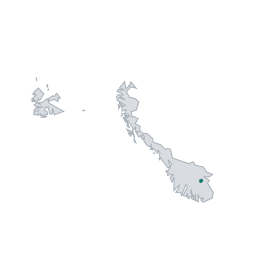 location of Flesberg nor, Buskerud, Norway, rotated 291°
{"feature_id": "86288312B11516416194364", "entity_name": "Flesberg nor", "entity_type": "district", "adm_level": 2, "iso_a3": "NOR", "parent_name": "Norway", "parent_adm1": "Buskerud", "projection": "orthographic", "projection_center": [9.551, 59.857], "detail": "fine", "context": "in_parent", "style": "filled", "palette": "teal", "viewbox_px": 256, "rotation_deg": 291, "n_neighbors": 0, "source": "geoboundaries", "source_scale": "gbopen_adm2", "svg_char_len": 4270}
<svg xmlns="http://www.w3.org/2000/svg" viewBox="0 0 256 256"><g transform="rotate(291 128 128)"><path d="M144.1,125.0L139.8,128.0L140.8,129.5L140.4,134.1L134.5,133.1L134.0,138.6L130.1,139.7L128.3,144.2L129.7,147.5L127.0,154.7L123.7,156.6L124.1,164.2L121.3,171.0L123.1,172.0L123.3,175.3L115.9,180.3L116.5,197.6L119.8,200.9L117.4,204.2L118.6,212.4L115.0,217.3L115.0,223.5L111.2,221.2L109.9,215.9L108.1,222.9L105.1,221.9L98.3,230.8L92.6,231.7L85.8,224.9L86.4,222.3L88.6,223.7L89.9,222.6L87.7,221.6L90.4,217.4L84.2,220.2L85.3,216.4L89.6,215.0L87.4,214.5L89.5,211.2L93.5,208.8L89.6,210.1L84.5,216.4L85.1,212.3L87.3,212.1L85.0,208.9L87.5,206.9L85.0,207.2L84.8,203.5L93.8,204.7L96.4,202.4L85.3,202.1L86.5,199.4L85.0,195.7L89.7,196.8L92.8,196.2L86.1,193.2L98.9,188.5L93.2,188.4L96.8,185.0L101.2,187.4L99.3,184.5L101.1,180.5L110.1,181.8L112.8,176.7L107.2,181.3L105.1,179.5L112.6,167.7L116.6,166.5L118.0,164.2L115.0,164.9L118.2,158.5L117.2,157.2L121.7,155.2L118.3,156.0L118.5,152.2L121.4,147.6L126.0,146.5L122.5,146.2L124.1,143.3L126.5,145.1L126.7,143.5L123.4,141.2L127.1,137.0L128.5,140.0L127.7,136.1L132.2,134.6L128.5,134.0L133.1,127.8L133.2,124.9L135.3,126.0L134.3,124.5L137.2,121.2L137.6,124.7L139.0,119.6L139.3,125.2L141.0,123.2L140.0,119.8L144.3,119.7L141.7,116.5L145.4,114.5L148.3,117.5L150.2,107.5L153.7,108.5L153.1,115.3L155.5,107.1L157.0,111.5L158.0,110.3L158.2,104.7L160.8,105.1L160.2,108.1L161.3,107.8L162.2,111.5L162.3,105.7L170.0,108.2L164.2,111.9L168.1,114.5L172.1,114.1L168.0,121.5L167.8,117.2L166.7,115.7L161.4,113.5L157.3,118.2L158.0,124.6L156.3,128.7L147.8,129.4L144.1,125.0ZM115.7,32.0L118.6,33.8L118.8,37.4L119.8,35.4L120.7,38.3L126.3,42.0L122.8,45.7L120.4,62.0L113.9,54.4L119.3,50.5L113.9,52.1L113.0,49.9L119.2,45.9L117.7,45.3L118.2,43.8L114.3,43.7L114.5,46.4L111.8,48.1L108.3,42.0L110.1,41.9L109.2,39.0L108.0,40.4L106.9,35.0L111.8,33.9L112.2,34.8L110.1,36.5L112.6,38.4L113.7,34.6L117.0,41.2L115.4,35.0L115.7,32.0ZM120.5,27.6L125.2,30.5L125.5,26.7L126.0,27.1L126.2,29.1L127.8,27.3L133.2,30.0L129.7,37.2L122.8,35.9L121.9,35.2L123.4,33.5L120.1,34.0L119.1,32.6L119.9,31.6L118.3,30.8L120.5,30.8L119.9,29.0L121.0,29.7L120.5,27.6ZM126.9,43.1L131.2,46.3L130.9,47.8L134.8,49.0L131.8,54.0L131.0,53.8L131.0,51.7L127.7,53.2L128.3,48.9L124.7,44.6L126.9,43.1ZM126.0,134.0L128.5,132.4L121.2,137.8L124.8,133.6L124.6,129.7L126.5,127.4L126.0,134.0ZM129.3,126.4L132.7,125.6L129.0,129.1L129.3,126.4ZM132.4,123.8L136.6,119.3L134.7,123.7L132.4,123.8ZM106.9,42.4L109.3,46.5L109.9,48.2L108.0,46.3L106.9,42.4ZM123.2,130.3L124.1,133.7L121.2,133.1L123.2,130.3ZM146.8,110.1L145.5,112.9L142.8,112.4L145.6,111.3L146.8,110.1ZM147.5,111.8L147.4,114.8L146.1,114.3L147.5,111.8ZM117.9,138.3L120.7,137.3L117.8,139.8L117.9,138.3ZM141.7,24.5L139.0,26.3L141.7,24.3L141.7,24.5ZM138.0,37.2L140.1,37.1L137.3,38.4L138.0,37.2ZM151.8,106.9L153.4,105.9L154.2,106.3L151.8,106.9ZM148.6,110.8L148.6,112.4L147.8,111.2L148.6,110.8ZM139.5,116.9L139.8,118.5L138.9,118.0L139.5,116.9ZM128.7,79.5L128.7,81.0L127.8,79.9L128.7,79.5ZM136.2,40.1L135.2,40.2L134.9,39.7L136.2,40.1ZM110.8,167.8L111.5,169.0L109.7,168.8L110.8,167.8ZM136.2,117.1L137.3,117.6L138.0,118.4L136.2,117.1ZM118.5,28.9L119.1,29.8L118.4,29.6L118.5,28.9ZM102.0,179.6L99.9,179.7L102.1,178.9L102.0,179.6ZM99.0,181.6L98.2,182.7L97.9,182.1L99.0,181.6ZM117.4,140.2L116.5,141.5L117.4,139.4L117.4,140.2ZM84.6,209.4L84.2,211.2L84.2,208.9L84.6,209.4ZM116.4,157.5L115.9,156.5L116.5,156.6L116.4,157.5ZM168.1,113.0L168.3,114.3L168.1,114.1L168.1,113.0ZM117.0,158.5L115.9,158.8L117.2,158.2L117.0,158.5ZM113.9,161.0L114.0,162.0L113.5,161.7L113.9,161.0ZM84.5,201.9L83.9,203.0L84.1,202.1L84.5,201.9Z" fill="#d9dde1" stroke="#a8b0b8" stroke-width="1"/><path d="M105.5,216.2L105.8,216.1L105.8,215.9L105.9,215.7L105.8,215.4L105.8,215.2L105.8,214.9L105.7,214.8L105.7,214.7L105.8,214.7L105.7,214.6L105.6,214.4L105.4,214.3L105.4,214.2L105.1,214.0L104.9,214.0L104.9,213.9L104.6,213.8L104.5,214.0L104.4,214.2L104.4,214.3L104.3,214.5L104.2,214.5L103.9,214.7L103.7,214.8L103.4,214.8L103.4,215.0L103.4,215.3L103.5,215.4L103.6,215.5L103.7,215.4L103.7,215.5L103.9,215.5L104.0,215.6L104.3,215.8L104.5,215.9L104.5,216.0L104.8,216.2L105.0,216.2L105.3,216.3L105.4,216.2L105.4,216.3L105.5,216.3L105.5,216.2L105.5,216.2Z" fill="#14b8a6" stroke="#0f766e" stroke-width="1.5"/></g></svg>